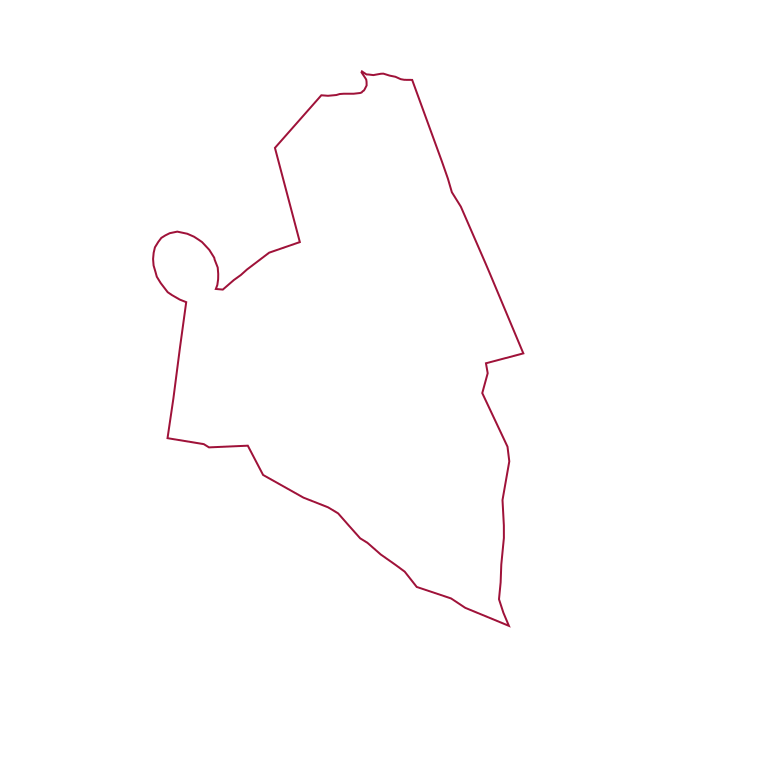 Selibabi, Guidimaka, Mauritania, rotated 143°
{"feature_id": "47542326B53880541156854", "entity_name": "Selibabi", "entity_type": "district", "adm_level": 2, "iso_a3": "MRT", "parent_name": "Mauritania", "parent_adm1": "Guidimaka", "projection": "equal_earth", "projection_center": [-12.373, 15.469], "detail": "fine", "context": "isolated", "style": "outline", "palette": "rose", "viewbox_px": 768, "rotation_deg": 143, "n_neighbors": 0, "source": "geoboundaries", "source_scale": "gbopen_adm2", "svg_char_len": 1414}
<svg xmlns="http://www.w3.org/2000/svg" viewBox="0 0 768 768"><g transform="rotate(143 384 384)"><path d="M589.5,471.0L564.1,444.4L561.9,438.7L529.9,416.7L535.3,384.1L516.7,341.7L502.9,319.2L498.5,308.3L497.3,292.3L495.9,275.1L492.8,267.1L489.2,249.8L483.5,232.1L480.4,221.7L480.0,202.2L459.5,172.4L453.8,156.3L429.8,115.7L426.3,129.5L421.7,142.9L410.3,155.3L399.0,169.2L380.9,188.9L373.4,198.9L359.2,220.0L330.5,246.8L323.1,259.6L311.0,317.6L294.7,330.2L290.1,339.2L254.3,324.6L232.8,409.2L230.4,418.9L215.9,479.4L214.4,496.3L209.4,509.5L203.8,527.0L178.5,609.9L184.7,614.7L187.2,617.4L190.0,622.5L193.9,626.9L197.7,632.2L199.7,633.6L204.2,635.9L206.6,637.1L209.9,640.3L211.7,641.8L213.5,646.9L214.4,646.4L214.8,639.7L215.0,637.8L216.1,635.8L218.2,632.9L222.1,631.0L223.4,630.5L225.0,630.6L226.4,630.3L228.0,630.8L233.4,634.0L236.6,636.4L241.4,640.0L244.8,642.2L248.2,643.5L255.3,647.9L260.3,652.3L329.0,638.2L365.8,548.0L396.7,558.0L424.5,557.9L432.7,557.2L441.4,557.4L455.9,556.4L461.1,561.1L457.5,563.4L453.4,567.5L450.2,571.6L446.7,577.1L444.4,585.3L443.6,587.0L442.8,596.3L443.9,606.8L445.1,610.5L447.1,616.0L450.7,622.4L457.4,630.1L464.4,633.4L469.3,634.3L473.9,634.7L478.8,633.3L484.7,631.0L489.0,627.4L493.2,622.8L496.7,617.3L499.1,610.9L500.9,606.4L501.6,599.0L501.5,587.5L499.8,582.5L496.3,574.3L492.7,568.4L525.0,535.9L560.8,499.3L589.5,471.0Z" fill="none" stroke="#9f1239" stroke-width="2"/></g></svg>